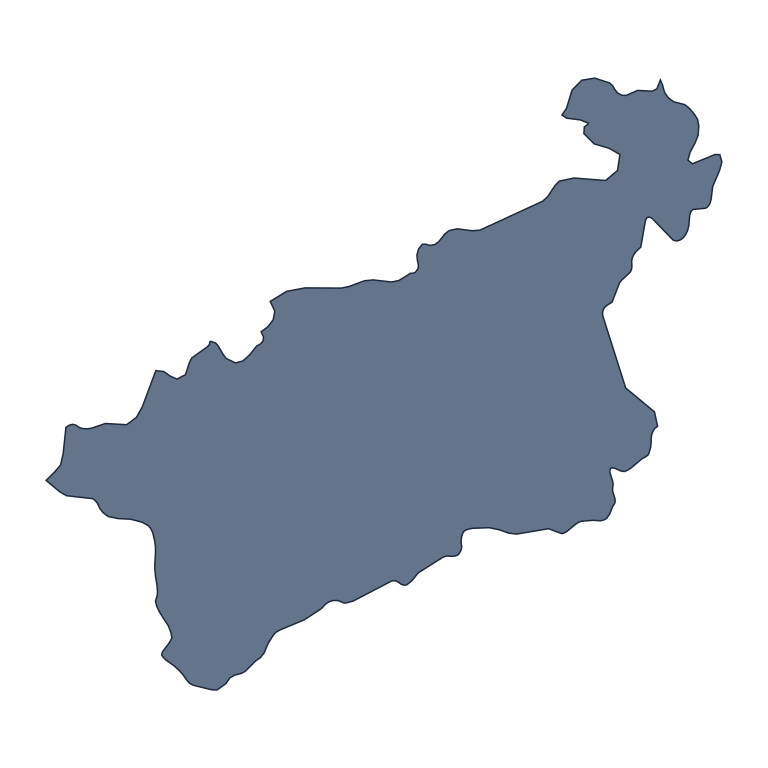 outline of Ústecký
{"feature_id": "CZE-10368", "entity_name": "Ústecký", "entity_type": "Region", "adm_level": 1, "iso_a3": "CZE", "parent_name": "Czechia", "parent_adm1": "", "projection": "mercator", "projection_center": [13.915, 50.559], "detail": "fine", "context": "isolated", "style": "filled", "palette": "slate", "viewbox_px": 768, "rotation_deg": 0, "n_neighbors": 0, "source": "natural_earth", "source_scale": "10m", "svg_char_len": 3791}
<svg xmlns="http://www.w3.org/2000/svg" viewBox="0 0 768 768"><path d="M594.7,78.1L609.7,83.0L612.7,85.8L614.8,89.4L617.5,92.9L621.9,95.3L626.3,95.4L637.6,90.4L652.3,91.2L656.9,88.8L660.4,79.9L662.7,85.4L663.6,89.2L665.0,93.1L668.8,98.3L673.8,101.8L684.7,104.6L689.6,108.5L694.5,114.4L697.6,119.5L698.8,125.8L698.1,135.4L695.0,143.1L690.1,152.3L687.9,160.1L692.5,163.8L714.9,154.5L719.8,154.6L721.9,161.9L719.6,170.4L712.7,186.5L711.3,197.9L711.1,199.6L710.0,203.3L708.9,205.3L707.4,207.1L705.4,208.3L693.3,209.4L691.6,210.6L690.4,212.8L689.6,216.1L688.8,226.0L687.5,230.8L685.5,234.9L682.9,238.1L679.8,240.2L676.5,241.0L673.1,240.1L652.0,218.3L649.2,217.0L646.9,217.6L645.4,220.8L640.8,247.1L635.7,251.9L634.0,254.3L632.5,257.2L631.7,260.4L631.9,267.1L631.4,269.8L630.3,272.1L621.2,280.6L619.5,282.9L612.1,302.1L606.4,305.7L604.5,307.7L603.1,310.2L602.5,313.1L603.0,316.5L625.7,388.0L654.5,411.9L657.6,426.4L654.8,428.4L653.3,430.6L652.2,433.1L651.6,435.3L651.2,438.2L651.2,442.0L650.7,447.2L649.3,452.1L648.6,453.7L648.0,455.0L645.5,456.9L642.2,458.6L630.4,468.5L626.9,470.5L624.5,471.5L622.4,471.3L620.3,470.8L614.9,468.3L611.7,467.7L610.2,469.0L609.8,471.5L610.4,474.1L612.2,479.7L612.9,482.1L613.1,484.6L612.6,488.6L612.6,490.8L613.1,492.8L614.6,497.3L615.1,499.5L615.1,501.8L614.7,503.4L612.8,506.3L612.1,507.7L611.2,510.4L609.9,513.6L606.7,518.4L603.5,520.1L600.4,520.8L593.3,520.3L581.9,521.2L578.7,522.2L575.4,524.4L566.6,531.7L563.7,533.1L561.6,533.6L548.5,528.7L516.6,534.1L508.5,533.1L499.0,529.7L489.2,527.7L472.3,528.3L467.4,529.4L464.3,530.9L462.6,533.6L461.7,536.3L461.2,539.8L461.1,542.5L461.7,546.5L461.5,548.7L460.7,551.0L458.3,554.7L455.2,556.0L451.8,556.3L446.4,556.0L442.5,557.5L418.6,572.6L416.2,575.3L413.6,578.8L411.3,581.2L406.8,584.8L404.0,585.2L400.9,584.1L398.3,582.1L395.1,580.7L391.6,581.0L353.1,601.1L346.0,603.0L344.0,603.0L342.4,602.4L339.8,601.2L337.3,600.5L332.9,600.5L329.5,601.6L326.5,603.4L325.1,604.6L321.4,608.6L304.1,619.9L280.5,629.7L275.8,632.4L273.5,634.9L268.1,643.5L264.2,652.8L260.4,657.7L255.7,660.9L245.3,671.3L241.3,673.4L235.0,675.1L230.0,677.7L225.8,683.7L217.2,689.9L211.6,689.8L193.4,685.3L189.7,683.4L187.2,680.7L182.8,674.5L179.0,670.3L174.3,666.0L165.9,660.0L162.9,656.9L161.6,654.9L162.3,652.3L163.0,651.0L168.9,643.3L170.5,640.7L171.9,637.9L171.0,632.7L168.3,625.8L159.8,612.6L156.7,606.2L155.5,601.1L156.4,598.2L157.2,595.1L157.5,591.7L157.0,585.2L155.6,577.2L154.9,569.7L154.8,565.5L155.5,551.8L155.4,546.4L154.7,541.0L152.7,532.6L150.7,528.5L148.1,525.5L141.9,522.1L130.5,519.2L118.2,518.6L108.1,516.5L103.0,512.6L100.0,508.7L97.4,503.3L95.3,500.6L92.9,498.7L66.5,495.7L59.6,491.7L46.1,480.4L54.9,471.7L60.6,464.9L63.2,453.4L65.9,427.5L69.2,425.2L72.6,424.3L75.9,425.1L79.0,427.4L82.6,428.5L86.3,428.8L90.1,428.5L93.8,427.5L93.9,427.4L105.3,423.5L126.6,424.7L136.5,417.3L142.3,406.8L155.8,370.7L163.6,371.5L170.2,376.1L176.9,379.1L185.4,374.7L189.7,361.8L191.9,357.8L207.1,347.0L209.5,344.4L209.7,342.1L210.9,341.3L215.8,343.1L218.0,345.6L223.6,355.1L226.3,358.5L235.3,362.9L242.8,361.0L249.7,354.8L256.7,346.0L260.7,343.8L263.1,340.8L263.5,336.9L261.1,331.8L267.9,326.7L273.2,319.7L274.8,311.1L270.2,301.4L286.7,291.3L305.0,287.9L341.3,288.1L349.0,286.5L364.4,280.8L373.1,279.9L391.6,282.0L398.9,280.5L410.6,273.2L413.1,273.2L415.4,272.3L418.1,268.4L418.4,265.0L417.4,260.5L416.9,255.1L418.6,248.9L422.3,244.3L425.7,244.2L429.7,245.4L434.8,244.6L438.9,241.5L445.1,233.6L449.4,230.5L457.3,228.8L472.1,230.7L479.8,230.2L542.7,201.2L547.7,196.6L555.1,185.4L559.4,181.1L574.0,178.0L605.6,180.5L617.5,170.5L619.9,154.5L609.1,148.3L594.2,143.9L583.9,133.6L584.3,126.9L587.7,124.5L588.4,123.2L580.3,119.9L566.7,118.2L561.9,115.0L566.4,108.5L572.1,90.0L581.8,80.2L594.7,78.1Z" fill="#64748b" stroke="#1e293b" stroke-width="1.5"/></svg>